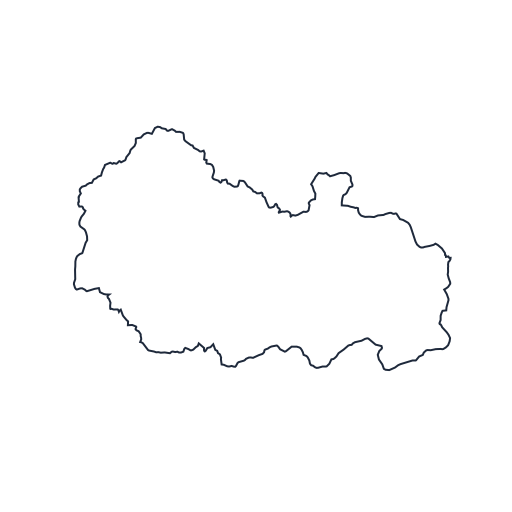 Dinh Hoa, Thái Nguyên, Vietnam, rotated 248°
{"feature_id": "81297802B90284781247335", "entity_name": "Dinh Hoa", "entity_type": "district", "adm_level": 2, "iso_a3": "VNM", "parent_name": "Vietnam", "parent_adm1": "Thái Nguyên", "projection": "albers", "projection_center": [105.636, 21.896], "detail": "fine", "context": "isolated", "style": "outline", "palette": "slate", "viewbox_px": 512, "rotation_deg": 248, "n_neighbors": 0, "source": "geoboundaries", "source_scale": "gbopen_adm2", "svg_char_len": 6139}
<svg xmlns="http://www.w3.org/2000/svg" viewBox="0 0 512 512"><g transform="rotate(248 256 256)"><path d="M168.3,183.5L167.2,185.4L164.8,187.7L164.0,188.8L163.5,190.0L163.2,192.2L161.8,193.9L161.1,195.2L161.5,196.2L163.7,198.8L164.1,200.0L163.5,205.5L163.7,206.8L164.4,208.3L164.5,211.4L163.9,213.1L162.7,215.1L163.0,221.5L162.8,225.4L163.7,227.4L165.1,228.3L165.6,228.8L165.8,229.5L165.7,232.3L166.2,234.3L166.3,236.4L165.3,241.5L165.1,241.9L163.5,242.7L160.5,243.4L156.5,246.9L156.5,248.1L158.6,255.1L156.7,259.8L155.0,261.9L153.9,262.7L151.9,263.2L149.1,263.4L146.5,263.1L144.6,265.1L143.5,265.7L142.5,266.0L139.1,266.3L136.0,265.7L134.1,266.2L132.8,267.9L130.9,268.9L129.6,270.2L129.1,271.7L128.6,276.3L127.3,279.5L127.2,280.2L128.6,283.6L131.9,287.2L131.5,289.2L131.8,290.5L132.7,292.9L135.0,296.2L136.4,302.2L138.4,308.1L138.3,309.6L137.8,311.4L138.7,313.2L139.0,315.5L137.9,322.1L138.3,326.1L138.0,328.3L137.3,329.3L129.0,333.7L125.5,338.6L123.7,338.4L123.0,337.9L121.7,334.7L118.8,331.9L114.0,331.2L108.2,332.5L103.5,332.3L102.0,333.5L100.3,336.8L100.5,343.1L101.5,346.9L101.6,349.5L100.5,362.0L99.3,364.9L99.4,365.4L101.7,369.6L101.8,373.6L103.6,375.4L104.7,378.4L104.6,379.7L103.2,382.7L102.3,387.8L100.6,392.5L99.8,393.8L99.6,394.9L100.1,397.8L101.3,400.7L104.4,403.6L107.2,405.2L110.8,405.0L113.8,404.3L120.2,401.9L122.3,401.8L123.5,401.5L123.9,400.9L124.5,400.8L125.1,401.0L127.5,403.2L131.4,404.8L133.9,406.9L135.3,408.4L134.3,412.0L137.2,413.5L142.9,417.9L144.2,418.4L149.2,418.6L154.4,417.9L154.8,420.5L155.4,422.6L157.5,425.7L159.0,426.2L163.1,426.3L167.0,426.8L169.4,428.2L173.1,429.6L174.4,430.3L176.0,430.8L178.3,432.1L179.0,433.7L180.1,435.0L181.4,435.7L181.7,434.7L182.1,434.4L183.5,434.2L184.0,431.8L185.5,432.2L186.1,431.7L187.9,432.3L193.3,431.2L198.1,428.7L200.2,427.0L199.8,424.9L200.3,420.7L201.3,415.6L201.3,414.3L202.0,412.3L203.2,411.1L206.3,409.6L209.7,409.3L224.6,410.3L227.3,410.2L229.7,409.5L230.4,409.0L234.3,405.9L236.3,403.3L242.6,402.1L243.1,401.6L243.4,399.7L243.9,398.8L245.5,397.3L246.0,395.7L246.4,391.7L246.3,389.6L247.9,384.3L247.9,380.0L249.9,376.0L251.4,371.8L253.5,369.2L254.3,368.5L255.9,367.9L257.7,367.5L260.2,367.8L262.0,368.5L262.3,368.3L263.1,367.2L263.3,366.1L264.5,364.8L266.2,362.2L268.1,360.0L270.8,354.5L273.7,355.7L277.3,357.8L279.3,359.4L279.7,360.1L279.8,362.1L280.5,363.7L284.7,368.5L284.5,370.9L284.9,371.7L286.2,372.2L290.2,372.1L293.2,373.3L294.9,373.4L298.3,371.5L299.4,370.3L299.8,369.3L299.9,368.4L301.3,365.5L301.6,364.0L301.7,358.8L302.2,354.5L304.1,353.6L304.6,353.0L306.6,352.4L307.1,349.3L309.5,345.2L307.1,340.8L305.8,339.4L301.9,334.0L299.5,334.5L294.6,334.1L291.6,334.4L288.7,333.1L286.6,332.0L287.1,329.9L287.0,327.8L285.7,325.0L284.9,324.6L283.1,324.7L278.7,321.9L278.2,320.9L278.0,319.9L278.2,318.7L279.3,316.6L278.5,310.2L278.7,307.7L280.1,305.5L280.2,305.0L279.5,303.0L280.0,302.9L281.6,303.6L282.7,303.7L284.0,303.3L285.4,302.2L285.9,301.5L286.4,298.9L287.3,297.1L287.6,293.5L288.1,293.5L289.7,295.5L290.0,295.5L291.4,295.3L292.3,294.6L293.1,294.3L295.6,294.6L296.8,294.1L296.8,293.3L295.4,291.5L295.0,290.6L295.3,287.7L296.0,286.4L296.8,286.1L301.9,285.9L306.8,286.1L308.5,285.0L309.3,284.7L309.9,284.7L311.0,285.3L312.1,285.3L312.8,284.7L312.8,282.9L313.7,280.4L315.7,279.2L316.9,277.7L319.0,277.4L322.0,275.8L323.6,274.3L328.2,273.4L329.6,272.9L330.4,272.2L332.0,269.0L331.7,268.6L328.6,266.3L327.6,265.3L327.5,264.4L328.3,261.9L329.7,260.6L332.9,258.6L333.7,257.0L334.9,256.8L337.1,257.2L338.2,256.7L338.5,253.8L339.0,253.0L337.5,251.5L337.3,250.6L338.4,249.8L339.8,249.5L342.9,245.8L344.1,245.1L345.1,245.0L345.9,245.4L349.2,248.2L350.8,249.1L354.6,249.7L356.9,249.3L358.3,248.2L360.1,245.0L361.3,244.9L363.4,246.2L363.9,245.7L364.5,244.4L365.0,244.1L370.4,246.9L373.3,246.9L373.4,244.5L373.9,243.3L374.5,242.8L375.9,242.1L379.5,238.9L382.2,238.6L383.0,237.3L388.9,233.6L390.8,233.0L395.9,234.5L397.2,234.5L397.7,234.2L399.7,231.8L401.0,228.4L402.7,227.6L405.0,225.7L405.1,225.2L404.9,221.6L405.2,220.9L405.7,220.4L407.6,219.8L409.7,216.5L411.4,215.4L412.7,213.3L412.5,210.2L408.3,205.2L410.4,202.5L411.0,201.1L410.8,197.5L408.9,193.5L409.7,190.1L409.8,188.8L409.3,188.3L405.8,186.9L403.5,184.6L401.5,179.7L400.5,178.7L398.8,177.4L396.3,172.9L394.2,171.1L393.8,170.5L393.4,166.0L394.9,165.2L395.2,164.8L394.0,162.0L393.9,161.0L395.5,158.9L395.2,157.7L395.4,157.3L397.1,155.8L397.0,150.1L394.9,148.3L393.9,146.9L391.3,144.5L388.6,142.5L388.8,139.4L387.9,136.9L387.8,134.2L385.3,131.2L386.0,129.0L385.7,126.2L385.0,124.5L385.4,120.7L384.6,118.8L383.8,117.6L382.1,116.9L379.6,117.0L377.7,114.2L376.9,113.8L376.9,113.5L372.6,112.1L372.3,111.8L372.3,111.3L370.4,110.5L368.0,110.7L367.3,112.7L366.9,113.3L365.9,113.7L365.2,113.5L363.9,113.7L361.8,114.8L359.6,112.2L357.9,109.1L357.1,108.1L354.4,105.5L352.9,104.6L351.1,104.0L349.1,104.2L345.0,106.8L344.0,107.1L341.6,107.2L337.5,106.7L333.9,105.4L332.1,103.0L323.9,96.2L323.7,95.7L323.8,93.4L322.9,90.3L322.0,89.1L320.7,87.9L318.6,86.5L314.1,84.6L311.1,83.1L302.2,79.7L299.3,77.2L298.0,76.6L294.5,76.3L292.9,76.6L292.0,77.3L291.8,80.9L291.2,82.7L288.9,84.7L287.2,85.5L286.7,86.0L286.0,94.0L285.1,98.3L280.9,97.8L277.7,100.7L276.5,102.6L275.3,105.4L275.0,104.2L274.0,103.1L272.6,103.0L271.3,103.6L267.2,103.6L264.5,102.1L261.7,101.1L261.4,101.2L261.2,102.2L259.7,104.0L258.2,107.8L257.4,108.1L255.6,108.0L256.4,109.0L256.9,110.5L250.9,110.3L249.7,110.5L245.1,112.0L243.3,112.9L239.8,111.3L238.4,115.4L235.6,118.3L235.0,118.4L233.6,117.1L233.0,116.9L231.7,117.5L230.2,119.0L227.0,119.7L226.1,119.6L225.1,119.1L223.5,118.9L221.8,118.4L219.6,116.4L219.0,117.3L217.6,118.4L209.2,120.7L208.5,121.3L205.6,125.7L204.1,127.4L203.4,129.5L202.0,131.5L200.8,135.2L198.1,139.8L198.8,141.9L198.6,143.1L197.2,145.1L196.7,147.3L195.4,148.4L194.6,150.3L194.5,152.8L196.7,154.7L197.3,156.0L195.0,158.5L193.1,159.9L192.7,160.9L192.7,162.8L194.0,166.0L194.4,168.4L196.4,170.2L190.2,173.4L188.1,172.5L187.2,172.5L186.7,172.8L187.0,173.9L188.9,176.4L188.5,179.6L190.2,183.3L184.2,183.1L182.6,184.5L180.1,184.4L178.7,185.5L178.0,185.7L174.9,185.6L173.4,184.8L168.3,183.5Z" fill="none" stroke="#1e293b" stroke-width="2"/></g></svg>